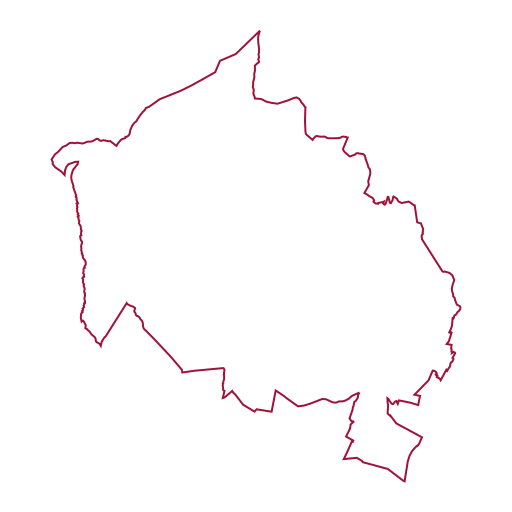 Atltzayanca, Tlaxcala, Mexico
{"feature_id": "50627088B48258188094940", "entity_name": "Atltzayanca", "entity_type": "district", "adm_level": 2, "iso_a3": "MEX", "parent_name": "Mexico", "parent_adm1": "Tlaxcala", "projection": "natural_earth1", "projection_center": [-97.798, 19.412], "detail": "fine", "context": "isolated", "style": "outline", "palette": "rose", "viewbox_px": 512, "rotation_deg": 0, "n_neighbors": 0, "source": "geoboundaries", "source_scale": "gbopen_adm2", "svg_char_len": 5946}
<svg xmlns="http://www.w3.org/2000/svg" viewBox="0 0 512 512"><path d="M110.2,141.1L108.8,141.3L103.4,140.2L100.7,140.9L99.5,140.3L98.1,138.9L96.6,138.8L92.8,141.1L91.3,141.5L86.8,141.8L85.3,142.6L82.7,143.5L77.1,142.7L74.8,143.2L72.2,142.8L69.6,143.0L66.5,145.4L62.6,147.0L57.8,152.2L55.1,154.2L51.6,159.4L52.8,162.1L52.6,163.8L55.1,167.2L61.2,171.4L64.6,175.0L65.0,170.5L66.2,167.2L68.3,164.3L75.2,161.9L78.1,161.7L77.6,164.3L75.9,166.1L75.1,167.5L73.9,168.6L72.8,170.5L71.5,174.8L71.2,177.1L71.6,180.3L73.5,186.1L73.2,187.0L76.3,195.9L75.7,196.6L75.8,197.0L76.4,197.2L76.7,199.1L76.4,199.6L77.4,201.8L77.1,202.4L77.9,203.1L77.1,203.6L77.6,203.8L77.2,204.8L77.0,206.0L77.5,207.0L76.9,208.2L77.2,209.4L77.1,211.5L77.6,212.8L78.3,213.5L78.2,214.7L77.9,214.9L78.7,215.8L77.8,216.8L78.4,217.2L78.7,220.1L79.4,221.0L78.8,223.2L80.7,226.2L81.0,229.6L81.7,230.8L81.2,231.4L81.0,234.2L81.4,235.1L80.1,236.2L80.7,239.9L82.1,241.9L82.1,243.1L81.5,244.2L81.1,246.7L81.4,248.5L81.2,250.3L81.8,251.8L81.7,253.4L82.3,253.8L82.3,255.0L82.9,255.7L82.7,257.0L82.9,257.6L83.9,259.2L84.7,259.8L85.7,262.1L85.7,264.7L84.7,266.0L84.5,266.7L84.8,267.7L83.9,268.0L83.5,269.2L83.6,271.1L83.2,273.3L84.0,274.5L83.8,275.2L84.1,276.8L82.6,277.6L82.4,278.3L83.1,279.5L83.0,282.3L83.3,283.4L84.1,284.3L83.6,285.7L84.7,288.7L84.2,291.4L84.3,292.3L85.0,293.2L84.7,294.3L85.1,295.1L84.4,298.3L85.2,302.9L85.0,303.2L84.1,303.3L84.2,304.8L83.6,305.4L84.1,307.2L82.6,308.5L83.0,309.2L83.0,310.0L82.0,311.0L82.7,311.9L82.4,312.6L81.6,312.9L81.1,313.9L80.8,318.0L81.6,321.5L82.3,320.7L82.9,320.6L84.2,322.0L84.8,323.6L85.6,324.8L85.8,325.6L85.3,327.7L85.4,328.4L86.9,329.0L87.9,330.2L89.6,331.6L91.4,334.3L94.6,337.0L95.5,338.4L95.9,341.3L97.0,342.4L99.5,343.7L100.8,345.9L101.7,341.8L104.3,337.6L105.8,336.2L126.7,303.1L127.2,304.0L129.9,305.5L133.5,306.8L135.0,308.0L135.0,308.7L134.3,310.7L134.4,311.8L135.3,312.7L136.0,315.1L136.8,315.9L137.7,316.0L139.4,317.3L140.5,319.3L141.7,320.4L142.7,322.3L143.1,326.7L143.7,328.4L144.9,329.9L145.4,330.1L154.7,339.6L171.2,357.2L181.8,369.7L182.3,372.5L194.8,370.7L223.0,368.1L223.7,368.3L224.4,369.7L224.3,371.5L224.0,372.4L224.1,373.8L223.7,374.9L224.1,375.3L224.1,379.1L223.2,382.0L223.3,383.2L222.7,383.8L222.9,384.6L222.7,385.6L223.0,387.1L223.2,390.1L224.5,390.9L222.8,398.0L224.7,397.4L232.2,390.9L233.4,393.0L234.0,393.3L235.9,395.3L243.1,404.7L254.5,411.6L256.6,409.3L271.6,411.7L275.7,390.5L284.1,396.1L285.9,397.7L298.0,406.3L303.9,405.6L310.3,403.6L322.5,398.9L326.4,399.4L332.1,402.1L335.1,402.7L336.8,402.4L338.6,401.5L342.9,401.3L345.3,400.6L349.1,398.5L350.8,396.8L352.3,395.7L358.6,392.9L358.9,393.4L358.5,393.5L357.7,397.8L355.9,400.7L354.3,402.0L353.5,406.0L352.8,407.6L352.6,409.6L349.5,418.5L351.5,421.2L353.2,421.4L353.5,421.9L350.6,424.5L350.1,428.4L346.1,436.6L353.3,440.6L352.8,441.8L351.9,441.4L347.1,452.3L343.8,459.1L356.9,457.8L362.2,461.1L362.8,462.2L387.9,469.0L402.9,480.5L404.6,481.3L407.8,461.3L409.5,455.9L411.6,451.9L413.3,449.6L415.8,446.9L417.4,445.6L417.6,445.8L419.0,444.0L422.0,437.3L396.3,423.4L390.4,415.6L390.2,415.9L387.6,413.5L388.1,405.1L387.6,402.5L387.4,398.2L388.3,398.8L389.4,400.7L391.6,403.6L392.5,404.1L393.3,403.9L394.9,401.7L396.2,401.0L397.1,401.4L397.1,402.6L397.8,403.9L399.0,400.4L410.5,402.7L418.2,405.1L420.0,395.9L414.5,394.7L428.5,380.4L432.7,370.6L434.6,370.9L436.4,372.4L436.7,373.8L436.4,374.3L436.0,374.0L435.7,374.4L436.2,375.2L436.7,374.8L437.4,375.4L437.5,375.9L436.9,377.2L439.1,378.2L440.0,379.0L440.7,380.3L446.3,369.8L447.1,370.9L448.9,367.8L449.7,367.0L450.3,365.0L450.4,363.5L451.0,362.5L452.1,361.8L453.4,359.4L453.3,358.7L452.5,358.0L455.1,353.3L454.9,352.6L453.6,352.0L451.9,353.0L452.1,352.2L451.5,351.6L451.7,351.1L451.5,349.0L451.1,348.7L451.6,344.9L446.7,344.0L448.8,341.4L451.6,332.6L451.3,332.3L449.5,332.7L449.2,332.5L450.7,329.5L452.0,325.6L452.6,318.2L453.4,318.5L453.7,318.0L454.4,315.4L455.9,314.7L457.8,311.7L458.5,311.4L460.2,309.2L460.4,307.7L460.1,306.4L456.8,304.6L455.1,300.1L454.6,297.9L453.2,296.3L453.1,294.2L452.1,291.2L451.8,288.5L452.8,284.2L454.3,280.0L452.3,275.3L449.5,272.9L444.5,271.5L443.5,271.8L442.5,271.5L422.1,239.4L421.6,236.3L422.1,234.6L422.9,233.8L422.6,232.4L422.9,231.9L422.8,230.7L423.2,229.0L421.4,224.8L421.1,223.5L417.2,222.3L414.7,205.3L414.1,205.3L408.8,201.6L401.6,203.0L398.8,201.6L397.7,200.5L397.4,199.3L396.7,198.5L393.5,196.5L393.1,197.0L392.6,200.1L390.8,203.2L390.3,203.1L389.8,202.6L388.4,197.0L387.9,196.8L387.7,196.9L386.9,200.2L385.4,204.2L384.9,204.6L384.3,204.6L383.2,203.4L383.8,201.6L382.9,202.1L378.2,202.9L378.1,203.7L377.8,203.7L375.7,203.5L373.7,202.1L373.5,201.8L373.6,201.3L374.1,200.3L372.5,197.8L369.6,196.4L367.1,194.5L364.4,193.0L368.9,185.1L368.2,181.4L370.2,174.1L370.3,172.5L370.1,170.2L369.8,169.2L368.5,167.5L367.3,163.5L365.7,159.3L365.0,156.1L364.2,154.9L363.1,154.0L358.7,153.5L357.9,153.1L356.2,153.4L355.2,154.5L350.3,156.4L349.5,156.3L344.8,152.2L343.6,150.7L343.0,149.0L347.7,137.5L344.9,136.8L342.8,136.6L341.7,136.9L340.5,137.7L337.6,138.2L328.7,138.3L326.7,137.8L325.6,136.9L324.2,136.6L320.2,136.7L316.8,136.0L315.6,136.4L313.7,138.3L312.6,139.9L306.1,134.3L305.5,132.2L305.0,121.5L305.4,107.1L304.7,106.7L303.5,104.7L301.4,102.4L300.5,100.6L299.1,98.8L296.4,97.4L293.3,98.2L287.8,100.5L277.5,103.7L271.1,102.8L265.9,101.5L262.1,99.4L260.3,98.9L254.8,98.5L254.6,96.7L253.5,94.2L253.4,93.0L253.8,89.9L252.8,87.0L253.2,83.6L253.1,82.6L254.4,77.0L254.2,73.9L254.9,71.2L254.9,65.6L257.3,63.3L258.7,62.5L259.1,61.8L258.2,59.5L259.0,57.6L258.5,54.2L259.0,52.6L259.1,49.0L258.3,42.8L258.1,37.7L258.6,34.8L259.9,30.7L235.8,54.0L220.0,60.8L215.2,72.2L191.8,85.3L180.2,91.0L159.7,99.2L149.4,106.6L145.9,108.0L144.8,110.1L143.1,111.6L140.5,114.8L137.6,119.0L136.3,121.3L134.1,123.1L132.2,125.7L130.3,130.1L129.6,133.9L128.6,135.5L126.8,136.8L125.5,136.8L125.2,138.1L121.9,139.2L120.5,140.3L117.5,144.0L116.5,145.9L110.2,141.1Z" fill="none" stroke="#9f1239" stroke-width="2"/></svg>